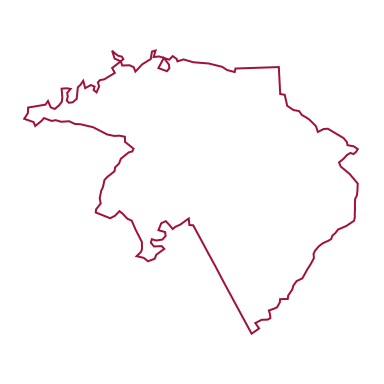 outline of Santa Rosa, Rio Grande do Sul, Brazil, rotated 269°
{"feature_id": "56859067B17988346737710", "entity_name": "Santa Rosa", "entity_type": "district", "adm_level": 2, "iso_a3": "BRA", "parent_name": "Brazil", "parent_adm1": "Rio Grande do Sul", "projection": "equal_earth", "projection_center": [-54.489, -27.84], "detail": "fine", "context": "isolated", "style": "outline", "palette": "rose", "viewbox_px": 384, "rotation_deg": 269, "n_neighbors": 0, "source": "geoboundaries", "source_scale": "gbopen_adm2", "svg_char_len": 2760}
<svg xmlns="http://www.w3.org/2000/svg" viewBox="0 0 384 384"><g transform="rotate(269 192 192)"><path d="M108.1,303.4L112.1,305.6L117.8,309.4L123.7,312.7L128.2,312.5L131.3,314.1L135.4,317.8L137.7,320.7L139.3,323.6L140.8,327.4L142.6,330.4L145.8,331.5L148.4,334.6L151.9,337.3L153.7,341.7L155.3,345.6L157.8,349.5L160.4,353.5L164.1,354.4L166.8,354.3L172.3,354.7L178.1,354.7L182.2,355.0L185.8,356.8L189.9,357.4L194.0,357.6L197.5,357.9L207.2,350.0L209.9,346.9L214.8,341.2L219.0,339.5L222.6,344.1L226.3,347.6L228.3,351.0L227.1,354.1L229.3,356.8L232.0,358.5L234.9,354.4L236.1,348.3L239.1,347.8L243.2,344.6L249.5,334.4L252.9,328.9L252.6,324.5L249.8,318.9L255.6,317.1L259.4,313.5L262.6,310.3L264.8,307.1L267.1,303.2L271.1,300.4L272.1,295.0L276.5,288.7L287.6,286.4L288.4,281.9L311.9,281.1L315.4,281.0L314.7,237.6L311.2,236.8L313.3,229.3L316.6,224.4L320.2,211.0L321.7,195.6L324.7,185.9L322.9,179.7L325.3,179.0L328.2,175.1L324.7,171.5L326.6,166.2L328.1,161.4L327.6,156.0L334.1,158.0L333.1,154.4L325.7,153.1L320.5,144.4L317.4,141.4L313.4,137.5L317.8,135.9L319.8,131.7L319.7,124.4L323.9,123.1L317.4,114.3L312.4,116.9L308.9,110.9L306.2,106.3L305.5,102.0L303.2,99.8L299.2,101.0L293.3,98.3L295.7,95.4L299.1,96.4L300.7,92.8L297.7,87.0L305.1,85.2L300.8,82.1L298.7,79.7L287.1,78.3L283.7,74.2L283.4,70.4L285.6,68.4L289.8,69.5L293.2,68.9L297.2,72.4L297.9,68.5L297.6,63.4L288.5,64.0L284.5,63.4L280.8,60.4L277.4,56.2L279.1,52.2L285.5,49.6L281.9,47.0L279.3,29.6L273.8,29.3L268.1,25.5L264.7,34.8L260.7,36.4L265.9,43.0L268.5,45.2L265.5,53.0L266.2,56.9L264.5,62.5L264.9,70.4L262.1,76.1L261.7,81.6L258.5,94.3L251.0,108.2L249.4,115.3L249.6,120.4L248.4,125.9L243.3,125.9L236.3,134.3L233.6,133.0L232.8,129.6L226.6,121.5L221.7,119.5L217.9,115.5L214.1,114.9L211.0,110.9L208.9,108.0L205.6,104.7L198.6,103.1L194.9,101.3L187.5,99.6L182.1,100.5L176.3,95.8L173.2,95.4L167.2,109.7L169.6,114.6L174.1,119.1L171.8,122.0L166.4,126.9L164.4,131.2L155.2,135.0L143.0,141.0L135.8,141.0L132.9,139.9L128.8,135.5L127.0,142.6L123.5,146.8L125.9,153.6L129.8,155.1L132.4,158.7L135.6,163.3L138.4,160.8L138.2,153.1L142.0,150.0L145.5,151.0L144.1,155.4L145.0,161.6L148.6,164.9L152.4,164.4L154.4,157.8L161.3,160.7L163.3,165.3L159.0,169.2L155.3,172.0L157.4,174.6L159.6,179.7L165.6,188.3L159.0,188.8L158.7,192.6L138.1,203.3L129.3,207.8L117.1,214.2L100.8,222.4L90.2,227.9L49.3,249.1L54.4,256.7L59.9,253.0L63.0,259.4L63.1,265.5L64.6,268.2L68.6,267.8L72.2,266.8L73.8,271.7L75.3,275.1L80.2,277.9L83.3,278.2L83.4,285.9L86.9,286.4L90.4,288.9L92.9,290.6L96.6,291.7L101.1,295.0L103.7,300.8L108.1,303.4ZM326.6,166.2L319.7,171.2L316.2,171.5L313.2,169.1L316.5,160.6L326.6,166.2ZM323.9,123.1L326.1,125.7L328.6,124.1L329.5,120.6L332.0,117.3L334.7,114.6L326.8,116.9L323.9,123.1Z" fill="none" stroke="#9f1239" stroke-width="2"/></g></svg>